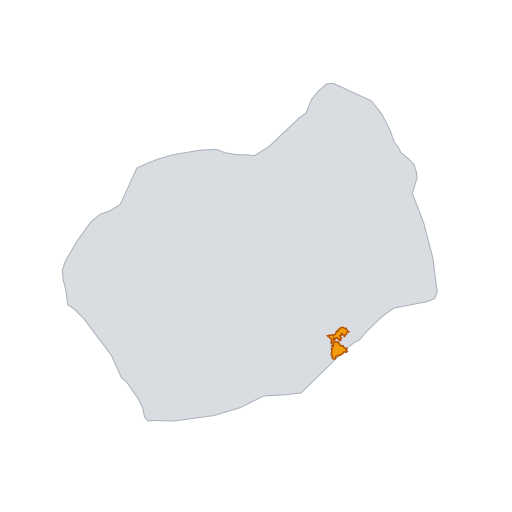 Kanana, Berea, Lesotho shown in context, rotated 194°
{"feature_id": "5366337B51375862346998", "entity_name": "Kanana", "entity_type": "district", "adm_level": 2, "iso_a3": "LSO", "parent_name": "Lesotho", "parent_adm1": "Berea", "projection": "albers", "projection_center": [27.578, -29.257], "detail": "fine", "context": "in_parent", "style": "filled", "palette": "amber", "viewbox_px": 512, "rotation_deg": 194, "n_neighbors": 0, "source": "geoboundaries", "source_scale": "gbopen_adm2", "svg_char_len": 5763}
<svg xmlns="http://www.w3.org/2000/svg" viewBox="0 0 512 512"><g transform="rotate(194 256 256)"><path d="M335.8,345.2L321.6,349.5L319.7,349.8L310.7,348.7L298.6,349.7L289.1,352.1L281.7,353.0L269.6,365.7L247.7,400.2L241.8,407.4L240.2,421.0L235.1,431.8L228.9,440.2L222.8,442.2L204.7,438.8L181.6,434.4L168.1,424.0L156.1,410.2L149.7,400.2L143.1,394.8L140.8,391.7L131.4,387.1L127.8,384.7L124.7,383.0L120.8,376.4L118.6,370.6L119.4,354.5L112.7,345.0L101.3,328.7L94.0,315.3L84.0,297.0L77.9,281.4L71.5,265.2L72.3,258.2L78.3,253.4L95.9,245.2L109.6,238.9L119.4,227.2L130.1,210.0L135.3,199.6L140.5,194.9L146.2,187.5L156.2,171.3L167.3,153.3L179.2,134.0L194.3,128.4L214.8,122.0L234.6,105.1L258.2,91.0L296.3,75.8L314.1,72.0L320.8,69.8L325.1,72.8L329.5,81.7L335.9,89.1L350.8,102.2L357.1,105.4L372.3,124.6L388.7,137.9L407.5,153.2L420.3,160.9L426.9,163.1L432.1,176.5L437.5,186.5L440.5,195.8L439.7,204.9L433.4,226.9L424.4,249.4L417.3,258.7L408.7,264.5L400.2,273.3L396.8,291.4L392.8,312.7L381.8,321.3L373.3,327.0L361.6,333.9L335.8,345.2Z" fill="#d9dde1" stroke="#a8b0b8" stroke-width="1"/><path d="M161.9,198.3L161.9,198.0L162.1,197.8L162.9,197.8L163.4,197.6L163.5,197.6L163.8,197.4L164.0,197.4L164.5,197.3L165.0,197.0L165.7,196.8L166.2,196.6L166.4,196.5L166.7,196.4L167.0,196.1L167.4,195.9L167.1,195.6L166.8,195.5L166.4,195.4L166.2,195.3L165.8,195.2L165.5,195.0L165.2,194.9L165.0,194.7L164.7,194.4L164.4,194.2L164.2,194.1L163.8,193.9L163.5,193.9L162.9,193.6L162.5,193.3L162.3,192.9L162.0,192.6L162.1,192.3L162.2,192.1L162.3,191.9L162.4,191.6L162.3,191.4L162.3,191.2L162.4,190.9L162.4,190.7L162.2,190.4L162.0,190.1L162.0,189.9L161.9,189.6L161.7,189.8L161.4,189.9L161.3,190.0L161.0,190.2L160.9,190.4L160.8,190.7L160.6,191.0L160.4,190.9L160.2,190.8L159.9,190.7L159.7,190.5L159.4,189.8L159.4,189.6L159.5,189.4L159.6,189.2L159.5,188.8L159.9,188.5L160.0,188.5L160.0,188.3L160.1,188.2L160.3,187.9L160.5,187.6L160.8,187.3L160.9,187.2L160.9,186.9L160.7,186.8L160.5,187.0L160.3,187.1L160.2,187.3L159.8,187.4L159.7,187.5L159.4,187.6L159.2,187.7L159.2,186.9L159.3,186.8L159.4,186.3L159.5,186.0L159.6,185.7L159.7,185.2L159.8,184.9L160.2,184.5L160.4,184.3L160.3,184.2L160.1,184.1L160.1,183.9L159.9,183.7L160.0,183.6L159.8,183.4L159.7,182.9L159.5,182.4L159.5,182.1L159.5,181.9L159.4,181.6L159.5,181.3L159.5,181.1L159.5,180.8L159.3,180.4L159.3,180.2L159.3,179.9L159.2,179.8L159.1,179.7L159.0,179.4L159.2,179.2L159.1,178.7L158.8,178.4L158.6,178.2L158.6,177.8L158.4,177.8L158.2,177.8L158.1,177.7L157.9,177.2L157.5,176.8L157.4,176.8L157.4,176.5L157.3,176.4L157.2,176.2L157.4,175.8L157.1,175.8L156.7,175.6L156.5,175.3L156.5,175.2L156.4,175.0L156.4,174.9L156.2,174.8L155.9,174.8L155.1,174.8L154.8,174.9L154.7,174.9L154.6,175.0L154.6,175.3L154.5,175.5L154.4,175.7L154.3,175.9L154.2,176.3L154.2,176.7L154.2,177.0L154.2,177.3L154.1,177.7L154.1,177.8L154.0,178.0L153.9,178.1L153.5,178.4L153.2,178.6L152.9,178.6L152.7,178.7L152.6,178.8L152.4,179.2L152.4,179.3L152.3,179.6L152.2,179.6L151.8,179.7L151.5,179.7L151.0,179.8L150.9,179.9L150.7,179.9L150.4,180.0L150.1,180.2L150.0,180.3L149.8,180.5L149.4,181.0L149.2,181.4L149.2,181.5L148.7,181.8L148.4,182.0L148.3,182.3L148.2,182.5L147.9,183.4L147.7,183.9L147.6,184.1L147.2,184.3L147.0,184.5L146.9,184.5L146.7,184.5L146.0,184.1L145.9,184.1L145.7,184.3L145.3,184.5L145.2,184.5L145.0,184.8L144.9,184.9L144.8,185.0L144.7,185.1L144.5,185.3L144.4,185.4L144.3,185.5L144.5,185.7L144.8,185.8L145.1,185.9L145.4,186.2L145.8,186.6L145.9,186.8L145.9,187.0L145.8,187.3L145.7,187.3L145.6,187.5L145.4,187.6L145.3,187.8L145.2,187.9L145.2,188.0L145.3,188.2L145.4,188.3L145.5,188.4L145.9,188.4L146.0,188.3L146.1,188.2L146.3,187.9L146.4,187.7L146.5,187.7L146.8,187.7L146.9,187.8L147.0,187.9L147.0,188.0L147.3,188.3L147.5,188.3L147.9,188.3L148.2,188.4L148.4,188.4L148.6,188.5L148.8,188.8L149.0,189.0L149.3,189.2L149.5,189.4L149.5,189.5L149.8,189.8L149.9,190.0L150.0,190.0L150.1,189.9L150.4,189.9L150.5,189.7L150.6,189.4L150.8,189.4L151.1,189.6L151.5,189.5L151.9,189.6L152.4,189.6L152.6,189.9L152.9,189.8L153.1,190.0L153.3,190.1L153.6,190.7L153.8,191.1L154.2,191.4L154.6,191.4L154.9,191.5L155.1,191.8L155.3,192.0L155.7,192.6L156.1,192.5L156.3,192.4L156.6,192.2L156.9,192.2L157.1,192.1L157.7,191.9L157.9,191.7L158.1,191.9L158.6,192.2L159.0,192.3L159.3,192.5L159.5,192.7L159.7,192.9L160.5,193.6L160.7,194.0L160.9,194.7L160.9,195.4L160.7,195.2L160.5,194.6L160.3,194.2L160.0,193.9L159.6,194.0L159.1,194.4L159.2,194.7L159.3,194.8L159.2,195.0L158.8,195.3L158.5,195.7L158.2,196.2L157.8,196.5L157.5,196.2L157.1,195.8L156.6,195.4L156.2,195.3L155.5,194.9L154.8,194.5L154.4,194.5L154.2,194.2L153.9,194.2L153.7,194.4L153.4,194.8L153.5,195.1L153.8,195.3L154.1,195.7L154.3,196.0L154.5,196.2L154.4,196.4L154.0,196.8L153.4,196.7L153.3,197.1L153.5,197.2L153.8,197.3L154.2,197.6L154.7,198.7L155.3,198.8L155.3,199.1L155.1,199.3L154.3,199.5L154.0,199.7L154.5,200.2L154.4,200.6L153.9,201.5L153.7,201.1L153.3,200.8L152.9,200.8L152.6,201.0L152.3,200.9L151.6,200.5L151.2,200.1L151.1,199.7L150.9,199.2L150.7,199.3L150.4,199.8L150.3,200.4L150.2,201.0L149.6,201.7L149.4,202.5L149.2,203.5L148.5,204.0L148.1,204.5L147.6,204.9L148.0,205.0L148.3,205.1L149.0,205.1L149.3,205.4L149.6,206.1L150.1,206.5L150.9,207.1L151.0,207.4L151.2,207.2L151.8,207.4L152.1,207.1L153.2,207.4L154.3,207.8L155.0,207.6L156.0,207.2L156.9,206.4L157.1,206.2L157.3,206.0L157.3,205.8L157.2,205.5L157.3,205.4L157.5,205.2L157.8,204.7L158.0,204.5L158.3,204.5L158.4,204.3L158.5,204.1L158.4,203.8L158.1,203.4L157.9,203.0L158.0,202.8L158.1,202.7L158.3,202.7L158.6,202.7L159.0,202.7L159.3,202.7L159.5,202.3L159.5,202.1L159.5,201.7L159.9,201.2L160.0,200.9L160.0,200.7L159.8,199.9L159.8,199.7L159.9,199.3L160.5,198.8L160.7,198.6L161.0,198.5L161.3,198.5L161.4,198.3L161.6,198.3L161.9,198.3Z" fill="#f59e0b" stroke="#b45309" stroke-width="1.5"/></g></svg>